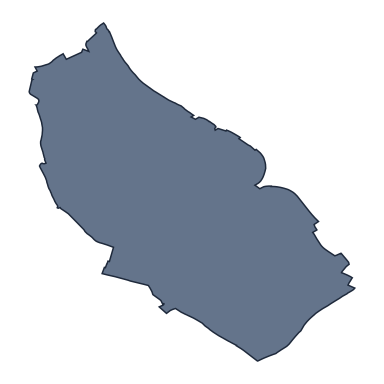 outline of Simpelveld, Limburg, Netherlands
{"feature_id": "6326949B7850161968800", "entity_name": "Simpelveld", "entity_type": "district", "adm_level": 2, "iso_a3": "NLD", "parent_name": "Netherlands", "parent_adm1": "Limburg", "projection": "equal_earth", "projection_center": [5.98, 50.831], "detail": "fine", "context": "isolated", "style": "filled", "palette": "slate", "viewbox_px": 384, "rotation_deg": 0, "n_neighbors": 0, "source": "geoboundaries", "source_scale": "gbopen_adm2", "svg_char_len": 5731}
<svg xmlns="http://www.w3.org/2000/svg" viewBox="0 0 384 384"><path d="M102.3,23.9L101.0,24.7L99.3,26.1L98.2,27.2L97.1,28.3L96.5,29.0L96.0,29.1L95.3,29.9L95.2,31.7L96.5,32.7L96.5,33.0L93.4,35.9L89.9,39.1L87.5,41.4L86.9,41.3L86.0,43.6L85.9,44.5L85.9,45.1L86.2,46.1L86.6,47.0L87.8,49.1L88.8,51.4L82.9,49.2L82.2,50.7L82.0,51.3L81.6,52.3L66.3,59.3L65.9,58.5L65.3,57.6L64.5,56.1L64.0,55.4L63.5,54.4L63.2,54.1L63.1,53.8L61.2,54.9L59.9,55.6L57.6,57.1L56.3,57.9L54.0,59.7L53.4,60.1L51.9,61.7L51.0,62.4L49.1,63.7L48.7,63.9L48.0,64.2L45.6,64.9L42.8,65.8L41.1,66.3L39.2,66.6L37.4,66.9L35.3,67.0L35.0,67.0L35.2,67.4L35.9,68.6L36.3,69.4L36.8,70.3L37.2,71.1L33.8,72.7L33.3,73.0L31.7,79.0L32.1,79.2L32.1,79.5L32.5,79.6L32.3,79.7L32.0,79.8L31.9,80.0L29.5,90.2L29.3,91.1L29.2,91.6L29.3,92.1L29.4,92.6L29.6,93.0L29.9,93.4L30.2,93.8L30.5,94.2L31.0,94.5L36.8,98.0L37.4,98.4L37.9,98.8L38.2,99.1L38.5,99.5L38.7,100.0L38.8,100.3L38.8,100.6L38.9,101.0L38.8,101.5L38.7,101.9L38.1,103.2L37.6,104.1L37.3,104.5L36.9,104.9L36.4,105.1L36.1,105.1L36.3,105.3L36.6,106.5L36.8,107.0L37.1,107.8L37.3,109.0L37.7,110.6L38.1,112.2L38.4,112.7L38.9,114.0L39.3,115.0L40.7,119.5L41.2,121.0L41.4,121.7L41.7,122.8L41.8,123.8L41.9,124.3L42.3,126.5L42.5,127.7L42.5,128.5L42.5,130.5L42.3,132.7L42.2,134.4L42.0,135.6L41.0,140.3L41.0,140.6L40.8,140.8L40.7,141.1L40.6,141.9L40.6,142.5L40.6,143.5L40.8,145.1L41.0,146.1L43.1,152.7L43.1,153.1L43.4,154.1L43.7,155.4L44.1,156.9L44.2,157.4L44.4,157.8L44.7,158.5L44.8,158.8L44.6,159.7L45.9,162.9L46.0,163.2L45.5,163.4L44.4,163.7L44.1,163.7L43.7,163.7L42.9,163.6L42.6,163.5L42.2,163.2L41.5,163.4L40.8,163.9L40.3,164.5L39.6,165.8L39.5,166.0L40.3,167.8L43.0,172.8L44.4,175.5L45.1,176.9L45.5,177.8L46.2,179.7L46.5,180.4L46.9,182.4L47.6,184.5L48.1,186.4L48.5,187.5L49.0,188.8L49.3,189.2L50.1,190.6L50.4,191.3L50.6,192.0L51.2,193.1L51.4,193.8L51.8,194.9L52.0,195.5L52.8,197.1L53.6,198.6L54.1,199.6L54.3,200.1L54.8,201.3L55.5,202.5L56.0,203.4L57.2,205.1L57.5,205.6L57.7,206.3L57.7,206.5L57.5,206.9L57.3,207.4L57.2,207.7L57.3,207.9L58.1,208.1L58.3,208.2L58.9,208.0L60.2,207.6L60.8,208.6L64.6,211.1L68.3,213.7L79.1,224.7L83.3,229.0L83.9,229.6L84.4,230.5L85.1,231.6L86.1,232.6L86.8,233.3L87.2,233.7L88.4,234.5L90.3,235.9L91.8,237.1L92.7,238.0L93.7,239.1L94.3,239.7L95.6,240.8L96.5,241.4L96.9,241.4L97.0,241.6L97.6,241.9L98.4,242.2L100.0,242.8L102.0,243.3L105.4,244.4L107.3,245.0L113.5,247.3L109.4,261.5L108.0,261.1L107.0,263.9L106.8,263.9L105.4,267.7L104.4,267.4L102.1,273.6L107.7,275.0L115.2,276.7L128.1,280.2L130.3,281.0L141.8,283.8L143.1,284.1L148.1,285.4L148.4,285.5L150.2,288.4L151.8,291.4L152.2,292.4L152.7,294.1L153.0,294.7L159.8,299.6L160.9,300.5L162.6,304.0L163.8,303.6L164.0,303.9L163.7,304.4L163.6,304.7L163.4,304.8L162.4,305.5L161.3,305.9L160.0,306.5L159.2,306.9L166.5,313.4L170.3,310.5L172.7,309.4L175.5,308.5L176.1,308.9L179.4,311.0L181.5,312.4L181.9,312.5L184.6,313.9L193.4,318.0L196.6,319.8L199.0,321.2L202.2,323.1L203.1,324.0L204.1,325.0L205.1,326.0L208.5,328.4L209.8,329.6L213.2,332.1L218.6,335.6L220.4,336.6L228.4,341.1L236.0,345.1L236.5,345.3L236.3,345.7L241.0,348.6L243.2,350.1L257.4,361.0L257.7,361.0L258.0,360.9L262.8,358.6L265.1,357.6L269.3,355.9L273.0,354.5L275.9,353.5L277.0,352.6L280.9,350.0L285.2,347.3L286.6,346.4L287.2,345.9L289.2,344.0L292.4,340.0L295.5,336.3L298.9,332.5L300.8,330.9L304.1,325.2L304.9,324.2L307.1,321.5L309.2,319.3L311.1,317.5L316.1,313.1L319.1,311.0L322.9,308.5L327.8,305.7L330.9,303.6L336.7,300.0L339.4,298.4L342.4,296.3L347.1,293.7L347.7,293.1L349.1,292.3L352.0,290.6L353.6,289.5L354.8,288.1L348.0,285.1L349.1,282.8L350.5,280.7L351.6,278.8L352.3,277.8L350.6,276.7L347.4,275.1L343.2,273.3L341.5,272.7L341.6,272.3L342.2,271.4L346.2,266.6L348.3,264.9L349.1,264.3L348.6,262.3L345.3,258.2L344.4,257.2L341.2,253.4L340.5,253.8L340.4,253.5L337.9,254.6L336.6,255.2L334.8,255.8L328.0,251.3L325.6,249.6L324.4,248.7L323.1,247.6L322.3,246.8L321.3,245.7L320.5,244.6L318.3,241.2L316.8,238.9L314.1,234.2L312.7,232.4L316.0,230.5L316.9,229.9L316.6,229.4L316.3,229.0L315.5,227.7L315.0,227.0L314.8,226.5L314.5,225.8L314.1,224.5L318.5,221.5L314.7,217.7L313.2,216.0L312.0,214.7L309.5,211.7L307.2,208.8L297.2,196.1L294.8,193.7L293.2,192.4L291.1,191.1L288.5,189.7L286.8,189.1L283.8,188.2L280.5,187.4L277.6,186.9L275.2,186.6L272.9,186.5L271.1,186.5L271.2,186.1L268.5,186.1L267.3,186.2L266.2,186.3L265.4,186.4L264.3,186.6L263.6,186.8L262.6,187.3L259.8,188.7L254.9,185.2L258.0,183.4L259.2,182.5L260.7,181.0L262.2,178.7L263.1,176.9L264.1,174.3L265.0,171.3L265.7,168.4L265.5,164.4L265.3,163.4L265.1,162.4L264.1,159.0L263.8,158.1L263.5,157.5L262.9,156.4L261.4,154.3L260.4,153.1L260.0,152.7L256.2,149.4L255.0,150.2L250.3,146.0L248.2,145.0L238.9,138.7L240.2,137.5L238.9,136.6L236.4,135.1L233.8,133.6L231.1,132.1L228.3,130.8L226.5,130.1L226.0,131.0L221.6,129.6L218.0,128.5L215.2,130.2L214.7,128.5L215.9,127.0L215.5,126.7L215.6,126.2L215.1,125.7L214.1,124.6L211.6,123.0L209.4,121.4L209.1,121.6L207.7,120.4L206.6,119.7L203.8,118.4L200.1,117.5L198.9,117.2L197.7,118.0L196.2,118.8L195.5,119.3L191.1,117.0L193.7,115.4L191.9,114.2L190.7,113.3L189.5,112.4L188.2,111.7L187.0,110.8L185.8,109.9L184.6,109.0L183.6,107.9L182.4,107.0L181.3,106.0L179.9,105.4L178.4,104.8L175.9,103.5L175.7,103.3L175.3,103.1L173.3,102.3L172.7,102.0L170.8,101.1L168.7,100.1L167.9,99.6L166.8,98.9L156.7,92.6L153.7,90.8L143.2,83.2L140.9,81.2L138.8,79.2L136.9,76.9L135.2,74.8L133.1,72.7L131.2,70.5L129.5,68.2L128.1,65.8L126.3,63.6L125.3,62.5L123.6,60.2L122.9,59.0L122.1,57.8L121.3,56.7L120.3,54.8L120.0,54.4L118.3,51.9L116.8,49.5L115.4,46.6L114.7,44.8L113.2,41.0L111.8,37.3L109.5,31.8L109.1,31.9L109.0,31.4L108.6,30.7L107.9,29.7L107.1,29.1L106.5,27.9L106.1,26.6L105.5,25.4L103.8,23.2L103.6,23.0L102.3,23.9Z" fill="#64748b" stroke="#1e293b" stroke-width="1.5"/></svg>